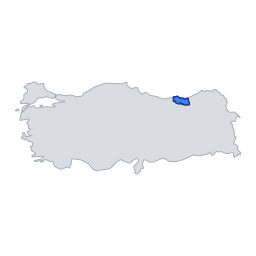 Trabzon highlighted on a map of Turkey
{"feature_id": "TUR-2302", "entity_name": "Trabzon", "entity_type": "Province", "adm_level": 1, "iso_a3": "TUR", "parent_name": "Turkey", "parent_adm1": "", "projection": "natural_earth1", "projection_center": [39.741, 40.811], "detail": "fine", "context": "in_parent", "style": "filled", "palette": "blue", "viewbox_px": 256, "rotation_deg": 0, "n_neighbors": 0, "source": "natural_earth", "source_scale": "10m", "svg_char_len": 4503}
<svg xmlns="http://www.w3.org/2000/svg" viewBox="0 0 256 256"><path d="M201.2,90.3L204.9,91.5L206.1,90.6L209.4,90.8L212.4,91.4L214.0,89.4L216.1,89.6L216.5,90.7L217.5,91.0L220.7,93.7L220.3,94.0L221.1,95.0L223.8,95.6L224.0,96.9L226.1,98.9L227.2,102.0L226.6,104.2L225.5,105.5L227.2,110.2L226.7,110.7L229.9,112.3L234.0,112.0L235.3,112.7L239.3,116.3L240.3,117.7L237.6,116.0L236.1,117.5L235.3,121.1L231.0,121.8L231.7,124.1L232.9,125.2L232.6,127.4L232.9,128.3L234.1,129.7L233.9,131.7L234.5,133.9L234.5,136.4L236.3,137.2L235.5,138.3L233.6,143.4L233.7,143.9L235.1,144.0L238.1,146.4L237.6,147.1L238.0,150.4L240.6,152.6L240.2,153.6L240.3,154.8L238.4,154.3L234.6,157.2L234.2,157.1L233.6,156.1L233.5,153.2L232.6,152.4L231.4,152.2L229.3,153.6L227.4,153.5L225.5,153.2L220.4,151.4L218.6,152.1L216.6,151.4L212.9,155.0L211.7,155.3L211.2,153.5L209.8,152.5L208.2,153.8L201.7,155.5L198.7,155.8L195.1,155.2L192.1,155.4L183.9,159.4L176.0,161.6L169.0,161.4L165.2,158.9L162.2,158.3L153.1,162.1L148.7,162.0L147.3,160.4L143.9,159.8L143.1,161.3L142.4,164.9L143.6,168.2L141.6,168.4L140.4,169.1L140.1,171.6L138.3,172.6L137.7,174.1L137.4,174.1L134.6,172.9L135.4,171.7L133.7,167.1L134.6,165.6L138.3,161.9L138.2,159.7L136.7,158.2L132.0,160.9L131.6,162.0L130.5,162.8L128.8,163.1L120.6,159.6L115.8,162.7L111.6,167.3L108.4,169.0L99.3,170.2L97.6,171.1L94.5,170.2L92.7,168.9L88.6,163.7L80.7,159.8L72.3,158.8L71.5,159.9L71.1,163.9L69.7,167.7L69.0,168.0L67.2,167.1L60.6,169.3L55.1,166.8L54.2,165.8L53.1,161.4L52.3,161.1L51.4,161.7L50.5,161.7L46.6,159.8L44.4,159.6L43.1,161.5L40.9,162.3L40.9,161.7L41.8,160.5L38.4,160.8L36.6,161.7L34.2,161.1L34.4,160.6L36.4,160.0L40.9,159.3L43.8,156.4L33.2,156.6L32.1,157.2L32.0,155.7L32.7,155.0L35.5,154.4L35.3,153.2L33.7,151.8L31.9,151.1L31.1,147.9L30.2,147.1L30.4,146.7L32.1,146.1L32.6,143.8L32.4,142.4L29.0,141.2L28.2,141.3L27.4,140.0L26.0,139.2L24.8,139.9L21.4,138.0L22.1,136.6L22.9,136.7L23.2,135.6L22.6,133.8L22.7,132.9L23.4,132.6L24.3,132.8L25.1,133.9L25.1,135.9L26.0,137.1L26.7,135.9L28.2,136.6L31.0,135.9L31.6,135.4L29.6,135.5L28.8,135.0L27.3,131.6L29.0,130.6L30.3,129.0L28.0,127.9L28.6,125.6L26.7,123.0L29.5,119.7L29.4,119.2L28.6,119.0L20.1,120.4L20.0,118.9L20.7,117.7L20.8,114.5L21.3,112.7L22.8,112.2L24.9,109.7L28.1,106.7L31.3,106.8L32.6,105.9L34.5,105.9L35.0,107.1L36.7,107.9L39.7,107.8L41.1,107.0L39.8,105.5L41.5,105.1L42.8,105.4L42.0,107.0L42.4,107.2L46.3,106.7L50.3,107.1L54.7,106.9L55.3,106.4L52.2,104.7L54.3,103.3L55.4,103.1L64.7,101.7L64.8,101.4L59.1,100.7L56.3,98.8L55.5,97.8L56.2,95.3L56.8,94.7L58.9,94.6L65.8,95.7L70.8,95.0L76.2,96.7L81.4,96.3L82.5,95.6L83.9,93.2L91.3,89.2L93.9,87.2L105.4,83.2L122.5,83.9L125.5,82.3L127.2,82.8L126.7,83.9L126.8,84.8L128.8,87.2L131.8,88.6L136.0,87.4L137.6,87.9L139.0,91.6L141.6,93.9L142.8,94.0L144.5,92.7L146.0,92.6L148.5,93.9L149.3,95.2L157.5,96.7L159.2,97.9L164.7,99.0L176.9,96.3L181.4,98.2L185.1,98.7L186.7,98.5L191.7,96.3L193.2,95.1L196.3,94.1L200.1,91.7L201.2,90.3ZM44.0,83.7L43.7,85.4L44.3,87.2L45.9,89.8L47.6,91.1L55.8,94.5L54.5,97.8L52.4,98.3L45.3,96.7L42.4,98.0L40.3,97.7L37.4,98.3L36.5,100.2L34.4,102.5L28.6,105.3L23.1,110.8L21.6,111.5L22.3,109.6L22.4,108.0L24.7,106.1L28.0,104.6L28.9,103.4L20.8,103.6L20.1,101.9L21.0,101.6L23.7,98.6L24.0,97.4L23.9,94.4L27.2,92.7L27.5,92.0L27.1,89.1L24.1,87.4L24.3,86.6L26.4,85.8L27.7,83.7L30.9,83.3L32.4,82.4L35.2,81.9L38.4,84.4L42.5,83.4L44.0,83.7ZM18.9,110.6L16.2,111.0L15.4,110.6L16.2,109.7L18.4,109.1L19.0,110.0L18.9,110.6Z" fill="#d9dde1" stroke="#a8b0b8" stroke-width="1"/><path d="M173.7,96.8L173.8,96.8L173.9,96.7L174.3,96.8L174.5,96.8L174.9,97.1L175.1,97.2L175.3,97.1L175.6,96.9L175.9,96.9L176.0,96.8L176.6,96.5L176.7,96.4L176.8,96.3L177.0,96.2L177.7,96.4L177.9,96.6L178.2,96.9L178.9,97.5L179.3,97.8L179.8,97.9L180.0,97.8L180.2,97.7L180.5,97.6L180.8,97.9L181.2,97.9L181.3,97.9L182.0,98.4L182.2,98.5L182.4,98.6L182.6,98.4L183.3,98.2L183.6,98.2L184.3,98.8L184.6,99.0L185.1,99.1L185.3,99.0L185.6,98.9L185.9,98.8L186.3,98.7L186.6,98.5L187.1,98.4L187.7,98.0L188.2,98.9L188.5,99.9L188.6,100.9L189.3,102.7L189.2,103.7L189.4,104.6L189.1,104.7L188.7,104.8L187.5,104.8L186.9,104.9L186.3,105.1L185.8,105.1L184.8,104.8L183.8,104.8L183.3,104.5L182.6,103.7L182.3,103.6L182.2,103.7L182.0,103.8L182.1,104.1L181.9,104.3L181.7,104.3L181.1,103.4L180.3,102.9L180.0,103.2L179.8,103.8L179.6,104.0L179.4,104.0L178.7,104.0L176.0,102.9L175.2,102.1L175.0,101.3L174.5,101.0L174.3,101.2L174.1,101.4L173.8,101.4L173.6,101.3L173.4,100.7L173.3,99.4L173.3,98.6L173.7,96.8Z" fill="#3b82f6" stroke="#1e3a8a" stroke-width="1.5"/></svg>